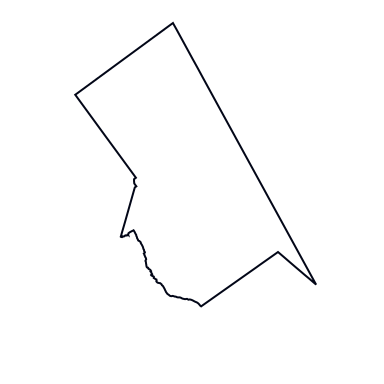 Rivadavia, Córdoba, Argentina (Equal Earth projection), rotated 324°
{"feature_id": "61730980B21057051979490", "entity_name": "Rivadavia", "entity_type": "district", "adm_level": 2, "iso_a3": "ARG", "parent_name": "Argentina", "parent_adm1": "Córdoba", "projection": "equal_earth", "projection_center": [-62.507, -30.072], "detail": "fine", "context": "isolated", "style": "outline", "palette": "ink", "viewbox_px": 384, "rotation_deg": 324, "n_neighbors": 0, "source": "geoboundaries", "source_scale": "gbopen_adm2", "svg_char_len": 2855}
<svg xmlns="http://www.w3.org/2000/svg" viewBox="0 0 384 384"><g transform="rotate(324 192 192)"><path d="M238.0,339.9L238.2,338.0L250.4,242.8L252.0,230.5L255.6,202.3L259.2,174.2L259.5,172.0L263.7,139.0L268.0,105.8L269.4,95.3L270.7,84.7L273.6,62.4L275.1,50.8L275.3,49.1L275.6,46.5L275.9,44.1L273.4,44.1L270.9,44.1L154.7,44.7L154.8,95.2L154.9,118.5L155.0,147.5L153.8,147.5L152.6,147.6L151.4,149.3L150.3,151.2L150.3,151.6L150.3,154.7L148.4,154.7L129.7,169.4L120.3,176.8L110.9,184.1L109.7,185.1L108.1,186.3L108.2,186.7L108.5,187.0L108.9,187.4L109.5,187.4L110.0,187.3L110.1,187.6L110.9,188.0L111.4,188.0L111.6,188.0L111.8,187.9L112.1,187.9L112.6,187.9L113.0,188.5L113.5,188.7L114.1,189.0L114.7,188.6L115.1,188.8L115.2,189.2L115.4,188.7L115.7,188.6L116.2,188.3L116.5,188.0L117.0,188.0L118.1,188.0L122.2,188.6L122.2,189.5L122.1,190.0L122.1,190.6L122.0,191.2L121.9,191.6L121.8,192.3L121.7,192.8L121.7,193.6L121.6,194.0L121.2,194.6L121.0,195.6L120.9,196.2L120.4,197.2L120.4,197.9L120.3,198.2L120.3,198.7L120.0,199.5L120.1,200.0L120.6,200.7L120.7,201.2L120.9,202.1L120.9,202.7L120.5,203.3L120.4,204.5L120.4,205.1L120.0,207.5L119.6,208.6L119.2,209.6L119.2,210.5L118.5,211.8L118.6,212.4L118.4,213.2L118.3,213.3L117.9,213.4L117.5,213.4L116.9,213.4L116.8,214.0L116.6,215.0L116.4,215.2L116.2,216.6L116.0,216.9L115.9,217.7L115.9,218.1L115.7,218.8L115.2,219.7L114.9,219.8L114.5,219.9L113.8,220.4L113.7,221.2L112.6,223.2L112.5,223.6L112.2,224.0L111.8,224.8L111.5,225.4L111.3,226.0L111.3,226.6L111.4,226.8L111.6,226.9L111.9,227.3L111.9,228.1L111.7,228.2L111.7,228.7L112.5,230.4L112.5,230.8L112.4,231.3L112.4,231.7L112.0,231.7L111.7,231.8L111.7,232.3L111.9,232.8L111.7,233.5L111.5,234.1L111.5,235.1L111.3,235.4L110.9,235.3L110.8,235.1L110.5,235.0L110.1,235.1L110.1,235.6L110.7,236.9L111.3,237.7L111.3,238.3L110.5,239.1L110.9,240.0L111.3,241.1L111.5,241.4L111.8,241.9L111.4,242.5L111.3,242.9L110.7,243.2L110.6,243.5L110.7,244.6L111.0,245.3L111.6,246.0L111.9,246.3L112.3,246.8L112.7,247.1L113.1,248.8L112.9,249.8L113.2,250.7L113.2,251.5L113.0,253.2L112.9,254.0L112.8,254.6L112.6,255.4L112.5,256.0L112.4,256.8L112.2,257.4L112.2,258.2L112.2,259.1L112.2,260.0L112.5,260.8L112.8,261.6L113.0,262.6L113.3,263.3L113.8,263.9L114.3,264.3L115.3,264.7L115.7,265.2L116.2,265.9L116.7,266.6L117.4,267.1L117.7,267.7L118.1,268.4L118.9,269.2L119.5,269.6L120.1,270.0L120.5,270.5L121.0,271.3L121.2,271.8L121.6,272.6L122.3,273.4L122.9,274.1L123.4,274.6L123.9,274.9L124.6,275.2L125.2,275.6L125.5,276.4L125.9,277.1L126.7,277.4L126.9,277.5L127.5,278.1L128.2,279.0L128.6,279.7L129.1,280.6L129.2,280.9L130.1,282.7L131.0,284.1L131.6,285.8L131.8,287.4L131.8,288.6L132.2,289.9L133.5,289.9L186.3,290.6L200.1,290.8L203.7,290.8L210.4,290.9L225.5,291.1L226.3,291.1L228.1,298.6L229.8,305.9L231.8,314.3L233.6,321.7L234.4,325.1L235.7,330.2L238.0,339.9Z" fill="none" stroke="#020617" stroke-width="2"/></g></svg>